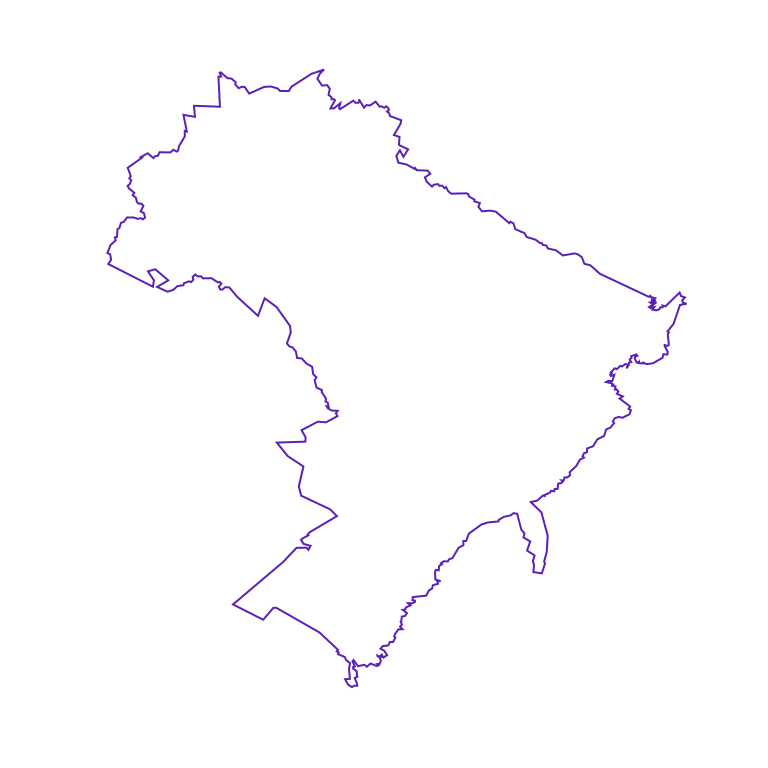 La Concordia, Chiapas, Mexico (Equal Earth projection), rotated 97°
{"feature_id": "50627088B57221849873163", "entity_name": "La Concordia", "entity_type": "district", "adm_level": 2, "iso_a3": "MEX", "parent_name": "Mexico", "parent_adm1": "Chiapas", "projection": "equal_earth", "projection_center": [-92.825, 15.96], "detail": "fine", "context": "isolated", "style": "outline", "palette": "violet", "viewbox_px": 768, "rotation_deg": 97, "n_neighbors": 0, "source": "geoboundaries", "source_scale": "gbopen_adm2", "svg_char_len": 6147}
<svg xmlns="http://www.w3.org/2000/svg" viewBox="0 0 768 768"><g transform="rotate(97 384 384)"><path d="M655.2,398.3L656.0,396.2L657.7,396.7L659.8,389.6L662.4,388.1L665.3,383.7L671.0,384.0L680.8,381.9L681.8,386.6L686.6,383.2L688.8,378.9L687.1,376.8L686.8,373.9L684.9,374.1L679.4,377.2L678.0,375.1L677.5,376.4L677.5,375.1L672.5,376.0L670.2,380.1L668.5,380.1L668.0,378.4L663.2,381.5L661.7,380.6L667.2,375.4L665.1,369.2L666.7,366.6L663.1,363.3L664.8,356.9L664.0,355.2L662.8,356.6L662.3,354.1L659.0,353.4L656.2,354.8L654.7,357.4L654.3,357.5L655.3,355.4L652.8,353.2L653.8,352.6L654.7,353.9L655.6,351.3L652.7,347.9L648.6,351.4L647.2,355.2L644.3,353.3L643.0,347.9L639.3,346.7L639.0,343.6L634.4,341.8L633.3,343.1L630.6,342.5L625.8,339.8L625.1,335.7L622.8,338.5L620.7,336.9L617.0,338.9L617.7,337.9L612.7,338.0L611.7,334.9L608.6,333.3L605.9,337.8L605.1,335.3L603.1,335.0L600.5,330.8L598.6,333.5L598.3,331.3L599.2,331.1L596.4,326.6L595.3,326.9L595.0,329.4L592.0,329.5L588.9,316.3L583.4,314.3L581.4,311.5L577.8,310.9L575.7,306.1L573.3,307.0L572.7,303.8L571.8,309.2L564.1,310.5L562.2,309.9L562.3,307.0L557.9,307.1L555.8,304.5L554.9,305.6L552.7,303.2L552.3,299.0L550.1,298.1L548.6,294.9L537.5,290.0L534.2,285.5L530.3,286.2L529.8,283.4L522.1,281.5L511.6,270.2L508.8,264.1L506.4,253.6L504.7,253.4L501.2,248.7L498.9,242.3L496.4,239.6L496.6,236.0L511.9,229.9L515.1,226.4L519.3,226.9L522.4,219.7L531.9,221.7L535.8,213.7L541.5,214.6L545.5,213.0L552.5,212.8L552.7,204.3L542.6,202.3L540.6,203.4L530.8,202.0L514.7,203.0L492.3,212.1L483.3,223.9L481.1,217.7L475.2,212.6L475.7,210.9L474.5,210.9L471.4,205.8L469.7,205.2L469.7,202.0L467.5,201.8L466.9,198.9L461.6,199.0L460.7,195.8L459.0,194.7L458.0,196.0L457.9,193.9L454.7,193.4L454.5,190.7L451.8,188.2L448.9,189.0L442.0,183.2L435.2,180.3L432.7,176.5L431.4,178.1L428.3,177.0L427.0,174.2L423.3,174.6L420.3,168.9L412.9,165.5L408.7,159.2L402.0,158.0L399.8,154.1L394.7,150.8L393.3,152.3L389.8,150.8L388.0,146.8L388.5,143.3L384.2,136.7L379.9,135.7L378.9,138.2L376.4,136.9L369.7,148.4L367.2,145.5L365.3,151.7L362.8,150.5L360.6,153.2L361.2,154.1L358.2,154.0L357.9,157.4L356.5,156.5L355.5,158.9L355.0,163.7L353.5,161.7L353.4,157.8L346.8,156.5L348.4,159.8L347.2,160.7L345.4,159.2L344.9,160.3L340.3,156.9L340.9,154.8L337.1,151.5L337.6,149.9L334.6,146.6L335.5,144.0L339.0,145.3L335.6,143.4L332.9,143.4L332.1,141.3L329.9,143.2L327.9,141.5L326.3,142.1L323.9,137.2L325.2,136.0L326.3,138.1L328.2,138.2L331.5,136.1L332.1,135.0L330.7,133.7L332.2,133.4L332.1,129.7L331.1,129.4L332.3,125.8L330.6,119.5L324.0,110.7L320.4,110.4L320.3,106.4L317.7,106.2L311.9,110.2L311.1,110.2L311.7,107.5L310.4,106.0L300.2,108.4L298.0,107.5L297.2,109.0L289.2,104.0L269.4,99.8L267.5,93.5L266.9,97.0L264.8,98.3L261.4,95.9L260.5,100.0L257.2,101.7L272.6,114.1L272.1,117.2L273.9,116.8L274.4,119.3L276.3,119.8L277.7,122.8L277.4,126.6L274.7,125.1L276.2,128.6L275.7,129.6L274.3,128.1L274.4,129.2L270.4,124.2L269.8,124.8L271.2,125.6L271.4,128.3L270.7,129.6L270.0,126.2L268.5,129.2L268.5,127.9L267.7,128.2L268.4,126.8L267.4,127.0L268.7,125.9L268.5,125.0L266.9,126.2L265.8,125.3L265.0,130.4L264.1,130.5L265.1,132.1L248.3,183.1L241.1,193.5L240.2,199.8L234.1,203.0L231.8,207.1L231.1,210.5L234.6,222.2L230.3,229.6L229.5,238.0L226.8,239.6L226.6,243.3L224.9,244.6L225.0,246.5L222.3,251.1L220.7,260.3L217.1,263.0L214.4,272.4L208.8,275.1L207.5,278.3L209.1,279.2L199.3,294.0L199.0,299.9L200.7,307.8L196.6,311.9L192.7,310.9L191.7,316.6L190.0,316.6L187.4,322.7L185.4,323.4L184.7,325.3L186.9,340.5L184.7,343.9L181.0,346.4L182.3,347.6L180.0,350.8L180.6,353.1L179.0,354.8L180.2,358.9L182.2,360.4L177.9,366.4L173.9,368.6L169.7,363.7L166.9,366.7L167.8,377.5L165.8,379.5L166.8,379.8L163.4,388.2L162.6,396.7L156.1,399.6L150.1,396.7L156.2,392.4L148.2,388.7L144.9,398.3L136.9,398.7L135.7,404.5L123.7,399.3L120.1,399.1L117.3,410.8L115.0,411.5L113.2,414.2L111.4,412.5L109.8,413.2L108.1,415.7L109.8,417.4L108.7,420.6L109.3,422.0L104.8,426.8L109.2,431.7L109.3,435.4L112.1,437.5L104.5,443.6L106.8,442.6L108.0,443.7L108.4,446.5L106.5,449.0L116.6,461.1L115.5,462.2L110.6,461.6L116.4,467.1L117.0,470.7L108.3,467.2L107.4,468.3L107.8,470.7L105.9,470.9L103.7,474.3L97.6,473.8L94.3,476.8L95.4,481.8L89.2,487.3L83.7,485.5L79.2,481.8L85.0,493.8L100.0,511.9L104.8,514.2L105.8,522.9L103.6,525.7L102.5,532.7L103.8,539.3L112.2,553.2L106.2,558.4L106.3,561.2L108.1,564.3L104.8,568.1L102.6,567.9L99.5,572.5L99.5,576.7L94.6,584.0L95.0,585.0L98.8,583.1L99.2,585.8L128.8,580.6L131.0,606.5L141.9,604.2L141.3,615.8L157.5,610.5L157.1,612.6L162.6,611.9L173.0,616.5L177.4,616.8L178.6,618.2L177.2,621.6L180.2,624.3L181.3,635.0L185.0,636.2L185.7,638.9L187.9,640.3L183.8,646.6L188.4,653.1L188.9,651.8L200.6,664.7L208.5,660.7L211.0,661.8L212.5,659.7L216.2,660.5L218.6,662.6L220.8,661.2L224.7,655.1L227.1,656.5L229.3,653.0L233.6,651.4L235.0,649.2L234.5,646.9L236.5,644.5L242.4,646.6L243.7,643.1L247.9,641.4L250.0,643.4L249.1,645.4L250.1,648.8L249.2,652.8L250.0,659.3L254.7,662.0L256.1,664.7L261.6,665.7L262.7,667.4L270.6,667.0L271.3,669.0L274.2,667.8L279.3,672.3L287.7,674.5L288.7,671.6L293.9,670.0L298.5,672.3L315.6,625.2L309.1,625.0L301.0,632.0L298.0,625.1L307.4,610.8L315.3,621.0L318.8,610.1L316.2,604.6L312.0,600.9L310.4,595.1L308.3,594.8L305.9,590.0L306.3,587.6L303.7,586.0L300.9,587.0L298.3,584.6L299.9,582.1L299.4,578.8L301.2,576.7L300.0,568.2L303.4,561.2L302.7,559.6L304.1,557.6L307.6,559.8L310.2,558.0L309.9,555.8L307.3,553.5L307.0,549.3L315.5,540.1L331.7,517.4L313.5,512.9L320.6,500.1L337.8,484.4L344.3,482.8L355.6,485.3L358.2,482.5L358.8,479.1L362.7,475.3L368.8,473.4L368.6,468.8L373.0,463.7L375.7,457.4L382.7,455.6L385.6,451.9L388.8,453.3L395.8,450.5L397.6,444.8L399.5,444.9L405.7,439.7L408.5,440.0L409.4,437.5L413.4,436.2L413.1,438.1L415.1,436.6L416.7,432.5L416.3,426.7L419.0,428.2L421.6,426.3L429.1,436.9L429.5,445.2L439.9,460.2L446.5,455.3L450.8,455.0L455.2,483.2L467.3,470.8L475.7,453.9L496.1,456.1L505.0,452.5L515.0,422.1L520.9,414.6L540.0,439.5L542.7,441.4L543.4,440.6L547.7,446.7L548.9,447.3L552.5,444.4L553.6,437.2L557.8,438.8L555.9,440.9L557.3,450.9L572.9,462.4L621.2,507.0L632.7,475.2L619.6,466.5L619.3,463.5L638.4,417.9L653.5,397.2L655.2,398.3Z" fill="none" stroke="#5b21b6" stroke-width="2"/></g></svg>